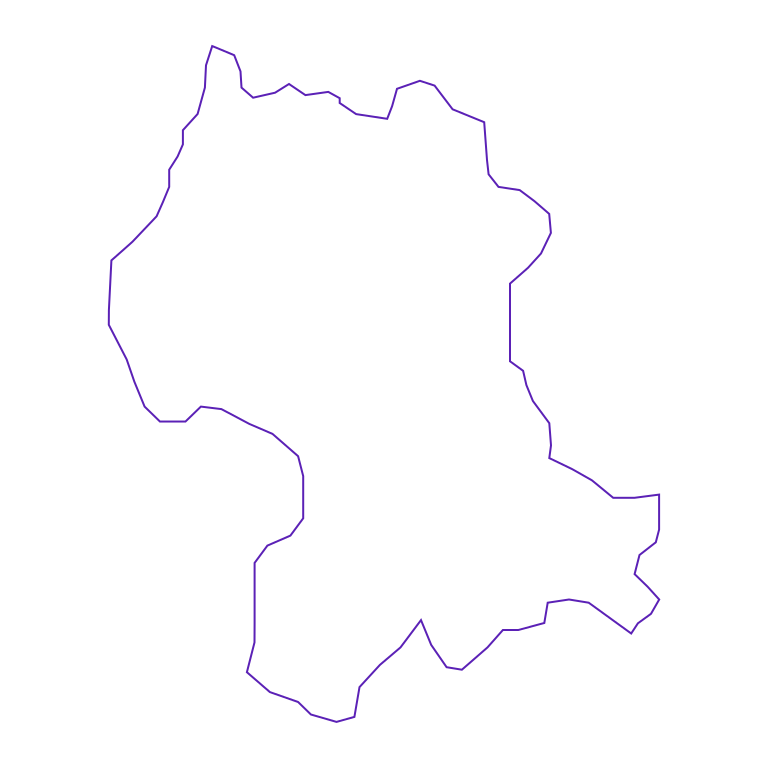 outline of Gongju-si, South Chungcheong, South Korea
{"feature_id": "91817680B8449507929864", "entity_name": "Gongju-si", "entity_type": "district", "adm_level": 2, "iso_a3": "KOR", "parent_name": "South Korea", "parent_adm1": "South Chungcheong", "projection": "robinson", "projection_center": [127.087, 36.473], "detail": "fine", "context": "isolated", "style": "outline", "palette": "violet", "viewbox_px": 768, "rotation_deg": 0, "n_neighbors": 0, "source": "geoboundaries", "source_scale": "gbopen_adm2", "svg_char_len": 1431}
<svg xmlns="http://www.w3.org/2000/svg" viewBox="0 0 768 768"><path d="M659.1,494.6L634.5,497.8L613.2,497.8L591.9,480.3L572.3,469.2L549.3,458.1L551.0,445.4L549.3,423.2L532.9,401.0L526.4,385.1L523.1,370.8L510.0,361.3L510.0,342.3L510.0,309.0L510.0,283.6L528.0,267.8L541.0,253.5L550.9,232.9L549.2,213.9L534.5,201.2L519.7,190.1L498.5,186.9L488.6,174.3L487.0,160.0L484.2,122.2L452.6,109.3L434.6,85.6L419.9,80.8L397.0,88.8L392.1,106.2L387.2,118.8L356.1,114.1L339.7,103.0L339.7,98.2L328.3,91.9L305.4,95.1L289.0,84.0L275.1,92.7L253.1,97.7L241.5,87.6L240.5,71.4L234.2,55.2L215.5,47.4L212.2,46.1L206.0,65.3L204.9,87.6L197.6,114.0L182.9,130.2L182.9,144.4L177.6,156.5L169.2,169.7L169.2,186.9L162.9,202.1L156.6,216.3L132.5,241.7L125.1,248.3L111.4,260.4L108.9,310.0L108.8,324.8L126.7,359.5L134.4,381.8L144.6,406.6L159.9,421.5L185.5,421.5L200.9,406.6L221.4,409.1L249.5,424.0L272.5,433.9L298.1,456.2L303.2,476.1L303.2,495.9L303.2,518.3L290.4,535.6L267.4,545.6L254.6,562.9L254.6,592.7L254.6,615.1L254.6,622.6L254.5,642.4L246.9,672.2L269.9,692.1L298.1,702.0L310.9,714.5L336.5,721.9L354.4,716.9L359.5,687.1L380.0,664.8L400.5,647.4L421.0,620.1L431.2,644.9L446.6,667.2L461.9,669.7L487.5,647.4L502.9,630.0L518.3,630.0L540.1,624.1L544.3,623.0L547.7,602.7L569.0,599.5L588.7,602.7L631.2,633.5L637.9,623.3L651.0,613.8L659.2,599.5L647.7,586.8L634.6,574.1L639.5,555.0L655.8,542.3L659.1,529.6L659.1,494.6Z" fill="none" stroke="#5b21b6" stroke-width="2"/></svg>